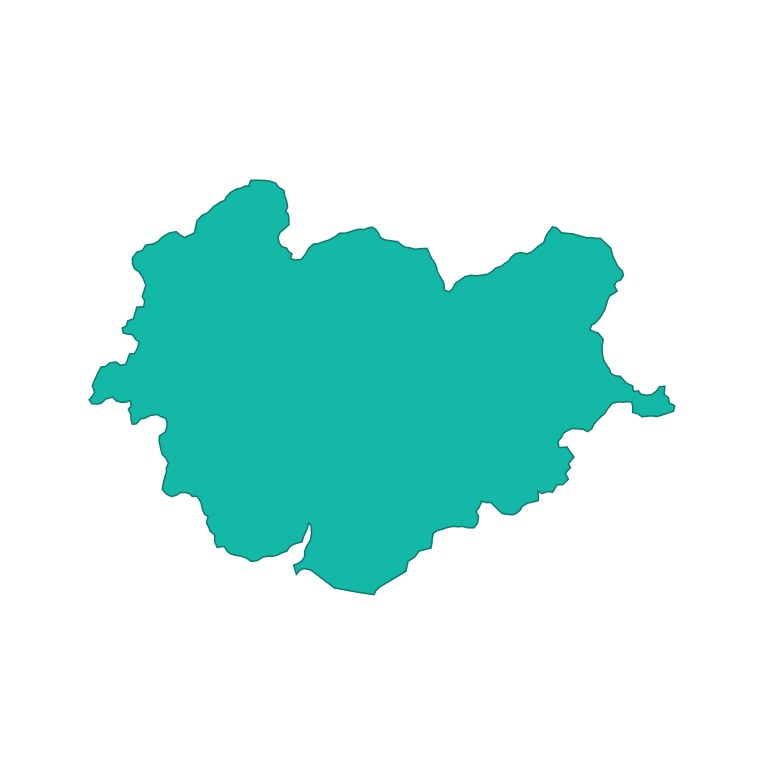 Rio Claro, Rio de Janeiro, Brazil (Robinson projection), rotated 201°
{"feature_id": "56859067B7677300051124", "entity_name": "Rio Claro", "entity_type": "district", "adm_level": 2, "iso_a3": "BRA", "parent_name": "Brazil", "parent_adm1": "Rio de Janeiro", "projection": "robinson", "projection_center": [-44.08, -22.786], "detail": "fine", "context": "isolated", "style": "filled", "palette": "teal", "viewbox_px": 768, "rotation_deg": 201, "n_neighbors": 0, "source": "geoboundaries", "source_scale": "gbopen_adm2", "svg_char_len": 4575}
<svg xmlns="http://www.w3.org/2000/svg" viewBox="0 0 768 768"><g transform="rotate(201 384 384)"><path d="M261.6,591.8L267.0,590.3L272.3,588.8L278.9,591.6L283.0,591.1L284.8,584.9L285.8,579.7L285.6,573.3L289.6,567.6L293.1,560.6L297.1,556.8L303.8,555.6L308.3,552.4L310.7,547.8L311.9,543.3L314.3,540.1L316.8,535.9L321.0,532.6L323.4,527.9L326.7,523.5L330.9,521.2L336.2,518.2L341.8,516.7L346.9,513.2L349.5,509.3L353.5,503.5L354.2,496.9L356.4,493.4L361.3,493.3L364.3,499.7L369.0,503.5L374.0,507.6L377.2,512.3L380.5,515.7L384.7,518.3L388.4,522.1L392.5,526.0L397.9,523.7L403.0,521.0L408.0,520.5L413.2,519.2L417.1,519.9L422.2,521.8L429.2,520.1L434.3,518.9L439.7,519.3L443.8,523.3L447.4,525.5L451.6,526.2L455.3,523.5L458.2,520.9L462.1,519.9L465.6,517.8L469.5,514.5L473.9,511.1L479.6,508.8L482.6,503.8L487.0,498.7L491.5,495.1L496.1,491.2L500.0,489.3L502.9,483.8L503.8,477.2L505.7,471.0L510.9,468.0L516.2,467.5L516.6,472.6L520.6,473.4L523.6,476.0L528.7,475.6L532.7,478.4L535.6,483.2L535.4,488.3L532.4,493.5L529.8,498.7L532.0,504.2L534.2,508.1L537.6,510.0L537.4,514.6L540.0,519.2L543.7,523.5L546.9,528.8L553.4,530.1L556.8,532.6L562.9,532.6L568.8,531.1L575.5,528.8L581.4,526.3L581.3,520.3L584.8,518.9L587.4,515.8L591.5,513.2L595.9,507.9L598.2,502.4L598.7,498.1L602.0,495.1L606.6,488.7L609.7,481.1L614.5,476.0L617.1,469.2L616.1,463.3L615.1,457.3L619.1,452.9L622.8,449.2L627.4,450.0L632.6,451.7L638.5,448.1L643.7,441.6L645.7,436.8L648.7,432.8L652.1,430.7L656.3,428.2L657.3,422.2L662.2,418.3L664.0,411.4L661.9,406.1L658.1,402.1L652.8,400.9L647.1,396.8L641.8,391.0L641.4,385.7L641.1,379.1L637.3,375.9L636.0,370.1L642.3,367.2L641.8,360.4L641.3,355.0L645.8,351.2L645.4,345.8L648.5,342.4L645.5,338.1L641.1,338.8L636.3,339.9L632.0,336.7L627.7,335.6L627.0,329.1L627.7,322.7L632.2,321.2L632.2,315.9L632.1,309.9L636.7,306.9L641.8,308.6L647.6,305.4L650.3,300.5L654.2,298.5L655.1,292.0L655.5,285.2L655.7,278.0L651.2,272.5L652.0,267.8L653.6,263.6L649.6,260.9L644.5,262.5L641.1,264.7L638.5,270.2L632.6,274.6L628.0,272.3L622.3,272.8L618.7,274.4L614.7,277.8L612.2,272.9L613.6,268.7L609.4,264.9L607.2,259.7L604.5,256.2L600.9,258.1L598.8,264.0L595.1,266.3L591.1,270.7L585.1,274.1L580.3,273.7L575.6,273.7L572.4,269.8L571.1,265.2L571.2,260.4L575.0,255.1L573.5,250.1L569.2,243.4L565.7,238.7L560.9,236.6L557.0,232.9L557.1,227.8L555.6,223.9L555.2,218.7L554.6,212.9L553.3,206.3L547.9,203.3L542.0,202.7L537.8,205.9L535.4,209.5L531.3,211.3L526.4,212.0L522.6,210.3L518.2,212.3L512.3,207.7L508.3,201.7L505.0,198.1L500.8,197.3L499.8,190.4L496.7,187.9L493.3,184.1L488.1,182.5L485.6,176.3L481.3,171.7L474.9,175.1L470.6,171.7L466.9,170.5L462.1,170.8L456.1,172.1L449.6,172.1L444.4,170.8L439.3,173.5L435.2,178.8L430.9,181.6L426.5,183.1L423.1,185.3L418.5,190.1L414.9,193.0L413.7,198.3L411.4,201.5L407.8,204.5L404.0,207.2L404.4,212.8L403.9,220.7L404.6,227.1L400.9,225.3L398.2,218.7L396.8,211.8L398.1,204.9L398.1,199.4L396.3,194.2L397.2,189.6L399.9,185.6L403.5,182.5L397.6,174.9L395.7,180.2L392.4,183.1L385.4,184.1L357.4,175.8L334.8,180.0L317.8,183.8L317.6,188.0L315.1,193.3L296.4,217.0L298.0,227.1L293.5,233.1L291.5,240.4L286.3,244.3L281.4,247.6L282.2,252.4L283.8,258.1L284.4,262.4L281.8,266.1L277.2,269.6L273.4,272.8L268.6,275.8L263.6,277.3L259.6,279.2L254.2,279.8L248.4,282.0L246.8,288.0L248.3,294.3L252.6,297.8L251.1,302.2L250.7,309.5L245.6,310.1L241.7,311.7L227.6,305.5L222.8,306.3L217.3,307.9L214.2,310.4L211.9,314.5L211.0,319.6L207.2,324.3L202.1,327.6L198.1,330.5L199.9,335.1L202.2,339.2L197.5,338.3L192.4,342.4L187.8,343.3L186.3,351.9L181.1,354.1L177.7,361.3L182.7,365.4L180.0,372.7L183.3,375.6L180.5,384.0L186.0,387.3L190.6,390.8L197.9,387.3L200.9,392.9L199.2,397.9L198.9,402.3L195.9,406.4L192.2,409.9L187.1,411.5L181.9,413.1L177.0,412.5L174.0,416.5L173.6,421.9L172.0,426.4L169.5,431.8L167.3,435.8L166.3,441.2L164.1,447.6L158.9,451.3L154.4,452.7L150.9,454.5L146.5,455.9L143.6,452.2L141.7,446.5L136.4,447.2L131.3,445.8L127.5,447.9L122.6,450.2L117.2,451.6L104.0,462.3L104.8,468.0L110.8,468.5L113.5,473.1L118.8,474.7L120.9,482.5L125.8,480.2L127.0,475.3L130.3,469.9L134.9,467.6L140.6,466.4L143.9,468.7L148.5,466.5L151.1,471.3L158.2,471.7L166.3,475.9L170.8,474.5L175.8,475.0L179.0,478.6L186.5,484.1L189.3,487.7L191.4,491.4L193.9,497.2L195.3,504.2L202.3,508.4L206.9,508.1L211.1,508.4L211.4,513.4L208.7,516.4L206.1,523.3L204.5,532.6L205.3,542.3L205.1,546.8L199.6,554.3L204.1,558.1L203.7,562.9L200.2,566.1L199.4,571.1L201.7,574.6L208.1,577.8L212.1,581.5L215.2,584.4L217.8,587.5L221.1,592.2L234.3,597.5L238.6,595.9L242.4,595.1L247.1,593.2L255.7,592.3L261.6,591.8Z" fill="#14b8a6" stroke="#0f766e" stroke-width="1.5"/></g></svg>